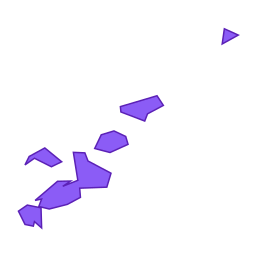 the Province of Western, rotated 94°
{"feature_id": "SLB-3507", "entity_name": "Western", "entity_type": "Province", "adm_level": 1, "iso_a3": "SLB", "parent_name": "Solomon Islands", "parent_adm1": "", "projection": "equal_earth", "projection_center": [157.155, -7.826], "detail": "coarse", "context": "isolated", "style": "filled", "palette": "violet", "viewbox_px": 256, "rotation_deg": 94, "n_neighbors": 0, "source": "natural_earth", "source_scale": "10m", "svg_char_len": 765}
<svg xmlns="http://www.w3.org/2000/svg" viewBox="0 0 256 256"><g transform="rotate(94 128 128)"><path d="M204.9,209.2L206.7,215.6L186.1,194.6L184.9,181.5L190.7,189.0L183.7,174.4L156.1,180.8L155.8,169.3L163.7,165.6L174.3,141.8L188.5,145.0L191.4,172.0L200.5,170.6L208.4,183.1L214.3,200.9L212.5,211.5L204.9,209.2ZM119.9,111.8L112.5,136.2L107.2,137.1L93.8,101.3L103.0,94.3L112.5,109.5L119.9,111.8ZM150.8,159.8L136.6,154.2L131.9,141.8L136.6,129.7L144.3,126.8L153.7,144.2L150.8,159.8ZM213.7,209.2L233.7,207.2L227.9,214.8L232.5,215.6L231.4,224.0L218.6,231.5L211.9,223.1L213.7,209.2ZM172.0,201.7L164.7,219.2L172.0,228.2L163.3,224.6L153.7,209.6L166.3,191.8L172.0,201.7ZM27.6,24.5L37.6,39.9L22.3,38.8L27.6,24.5Z" fill="#8b5cf6" stroke="#5b21b6" stroke-width="1.5"/></g></svg>